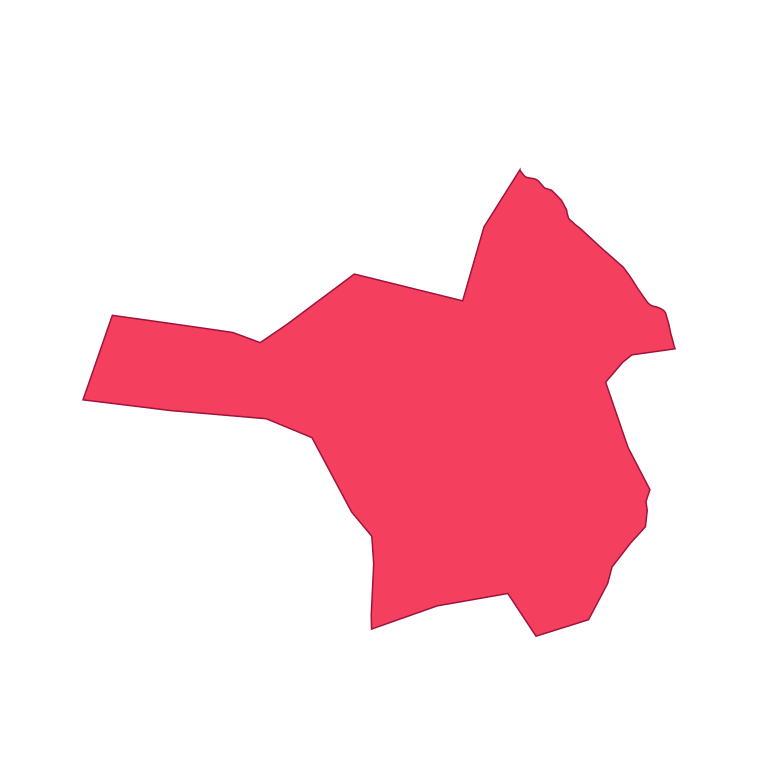 Cagaandelger, Dundgovi, Mongolia (Equal Earth projection), rotated 14°
{"feature_id": "93677404B83577938576500", "entity_name": "Cagaandelger", "entity_type": "district", "adm_level": 2, "iso_a3": "MNG", "parent_name": "Mongolia", "parent_adm1": "Dundgovi", "projection": "equal_earth", "projection_center": [107.979, 46.403], "detail": "fine", "context": "isolated", "style": "filled", "palette": "rose", "viewbox_px": 768, "rotation_deg": 14, "n_neighbors": 0, "source": "geoboundaries", "source_scale": "gbopen_adm2", "svg_char_len": 1345}
<svg xmlns="http://www.w3.org/2000/svg" viewBox="0 0 768 768"><g transform="rotate(14 384 384)"><path d="M103.8,383.1L95.8,472.2L184.1,461.3L278.2,446.2L327.1,453.5L383.5,516.0L409.0,534.7L417.5,560.9L427.5,611.2L431.2,624.8L489.3,586.4L554.8,557.3L592.5,591.9L639.5,563.2L649.3,523.3L649.5,506.4L661.8,478.5L672.2,459.2L670.0,442.9L666.6,434.7L667.6,422.2L636.1,386.5L598.6,328.6L610.5,305.0L617.4,295.8L657.9,279.4L656.4,277.1L655.6,275.7L653.3,271.4L650.1,265.8L648.9,263.3L645.6,256.5L641.3,249.2L640.2,247.2L638.8,245.8L637.3,244.9L634.2,243.9L629.7,243.2L627.1,243.4L624.9,243.2L623.0,242.7L621.2,241.9L619.7,240.9L607.4,230.3L600.7,223.8L595.4,219.0L590.2,214.7L587.9,212.8L569.5,203.3L564.9,201.0L546.6,191.0L536.4,185.4L531.0,183.1L527.4,181.0L525.5,180.1L523.6,179.1L522.5,177.7L520.3,173.8L519.1,170.9L518.5,170.2L517.4,169.1L516.3,167.9L511.7,162.8L508.5,160.8L505.5,158.9L499.6,155.4L496.1,155.2L492.4,155.0L489.5,153.0L484.7,149.7L482.6,148.8L482.4,148.8L481.7,148.7L480.6,148.6L480.3,148.5L475.0,148.9L472.5,149.0L472.4,149.0L472.1,148.9L471.8,148.9L471.5,148.8L471.0,148.6L470.6,148.4L469.7,148.0L468.8,147.3L468.2,146.9L466.3,145.4L464.9,144.3L464.3,143.8L464.1,143.2L443.0,207.4L440.2,284.3L328.6,284.5L275.1,350.0L253.9,373.8L224.8,370.6L177.0,375.4L103.8,383.1Z" fill="#f43f5e" stroke="#9f1239" stroke-width="1.5"/></g></svg>